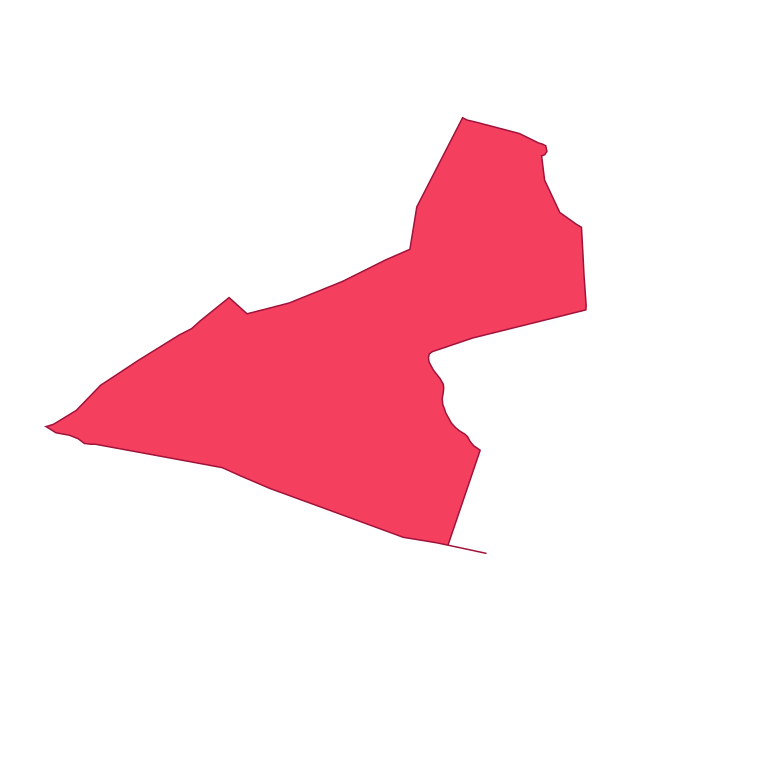 Al Mafaza, Gedarif, Sudan, rotated 318°
{"feature_id": "16777658B27903182599838", "entity_name": "Al Mafaza", "entity_type": "district", "adm_level": 2, "iso_a3": "SDN", "parent_name": "Sudan", "parent_adm1": "Gedarif", "projection": "equal_earth", "projection_center": [34.504, 13.606], "detail": "fine", "context": "isolated", "style": "filled", "palette": "rose", "viewbox_px": 768, "rotation_deg": 318, "n_neighbors": 0, "source": "geoboundaries", "source_scale": "gbopen_adm2", "svg_char_len": 1059}
<svg xmlns="http://www.w3.org/2000/svg" viewBox="0 0 768 768"><g transform="rotate(318 384 384)"><path d="M346.8,578.5L323.7,546.6L411.1,497.6L410.2,493.3L409.3,489.9L409.6,483.9L410.9,479.1L410.5,475.2L408.7,469.2L408.0,464.7L407.9,458.5L410.5,446.9L412.1,443.4L414.0,438.5L417.6,433.7L422.6,429.8L425.7,426.9L427.9,423.9L429.3,417.4L430.0,406.8L432.1,398.0L434.7,394.1L438.0,391.9L441.8,392.4L480.6,409.1L583.6,464.0L586.8,460.9L605.5,436.9L617.8,421.8L635.6,399.7L633.8,393.8L629.4,374.2L639.8,339.9L653.8,319.9L656.9,321.2L660.8,320.1L663.6,315.2L662.4,312.0L660.0,308.0L652.3,288.6L627.2,250.4L622.4,243.5L620.6,238.7L526.9,274.3L493.4,301.2L468.4,292.9L421.9,280.0L367.7,260.3L329.2,240.2L326.7,216.1L289.4,214.1L278.1,214.1L264.5,210.5L217.0,202.0L172.6,195.3L137.7,197.7L111.5,192.8L104.7,189.7L104.4,189.5L107.5,200.6L112.0,206.5L115.9,211.5L120.1,220.1L121.5,227.6L125.9,232.7L129.0,235.4L207.8,337.9L215.7,355.9L229.4,385.5L244.9,414.7L295.7,510.8L317.3,537.8L323.7,546.6L346.8,578.5Z" fill="#f43f5e" stroke="#9f1239" stroke-width="1.5"/></g></svg>